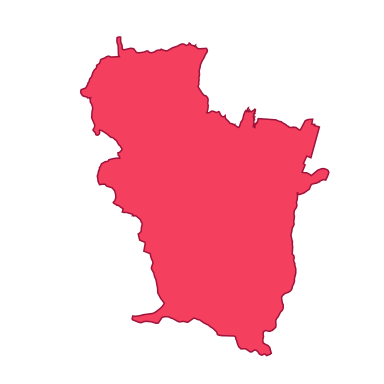 Burjuc, Hunedoara, Romania (Equal Earth projection), rotated 282°
{"feature_id": "2599482B33280510727710", "entity_name": "Burjuc", "entity_type": "district", "adm_level": 2, "iso_a3": "ROU", "parent_name": "Romania", "parent_adm1": "Hunedoara", "projection": "equal_earth", "projection_center": [22.496, 45.972], "detail": "fine", "context": "isolated", "style": "filled", "palette": "rose", "viewbox_px": 384, "rotation_deg": 282, "n_neighbors": 0, "source": "geoboundaries", "source_scale": "gbopen_adm2", "svg_char_len": 5985}
<svg xmlns="http://www.w3.org/2000/svg" viewBox="0 0 384 384"><g transform="rotate(282 192 192)"><path d="M250.2,301.2L282.1,303.1L282.4,297.8L283.6,298.0L283.3,295.0L288.3,294.9L287.2,291.0L286.3,289.3L285.2,287.9L275.3,285.1L275.1,283.8L276.8,280.2L276.6,278.6L276.2,278.2L276.6,277.6L275.6,275.5L275.7,273.0L276.3,272.5L276.4,271.4L277.4,269.8L278.6,265.9L279.3,264.8L279.3,262.2L280.0,259.0L277.6,241.7L276.9,241.3L275.6,241.7L273.8,241.1L273.2,241.4L272.2,240.6L272.7,240.4L271.4,239.1L270.7,239.3L270.6,239.7L268.2,240.1L268.6,238.4L272.0,238.2L275.0,237.5L275.6,238.2L276.4,237.3L277.8,237.6L277.4,237.1L277.6,236.7L278.6,236.4L279.3,236.8L279.5,236.3L280.4,236.3L282.0,237.2L282.1,236.9L282.8,236.9L282.5,236.5L284.4,237.1L285.8,236.9L286.0,236.5L284.8,235.9L284.9,235.7L286.4,236.3L285.1,235.6L282.8,233.3L282.9,232.2L283.8,231.5L283.4,231.5L283.4,231.1L282.9,230.8L282.5,231.0L282.3,230.7L283.0,230.5L282.8,229.7L285.8,229.6L285.3,229.2L282.1,228.7L282.8,227.7L281.4,227.1L278.5,226.6L273.7,226.5L270.9,225.6L270.7,225.3L265.5,224.8L265.4,224.4L264.8,224.2L264.9,223.4L266.1,220.3L267.0,219.9L266.6,219.5L266.5,218.9L266.7,218.1L267.0,218.0L267.1,215.4L267.4,214.5L268.2,213.7L268.6,212.8L269.1,212.5L270.5,210.0L271.9,209.0L273.6,208.6L272.7,208.0L272.2,207.2L272.0,206.1L272.2,205.4L273.9,203.4L274.7,203.1L276.1,201.9L276.2,201.4L275.4,200.4L274.9,198.9L275.4,196.5L275.2,194.3L273.0,192.1L272.9,190.9L272.5,190.0L276.4,190.3L279.9,189.9L282.1,188.9L285.2,188.7L286.8,188.1L287.5,187.6L288.9,185.8L289.0,183.8L290.9,181.2L296.3,176.0L298.7,176.3L301.1,175.7L303.0,175.7L305.0,175.0L308.2,175.0L312.1,173.8L314.7,174.0L315.6,173.8L316.1,174.0L318.2,173.8L322.5,174.7L326.7,176.1L328.4,176.3L332.3,177.7L333.8,177.6L335.5,176.3L333.7,169.5L333.5,168.1L333.8,167.2L334.2,166.9L334.2,166.4L334.6,165.9L335.2,165.7L335.2,165.0L336.3,164.9L335.0,163.8L335.4,163.1L335.7,160.3L336.5,159.7L337.1,158.3L335.7,158.1L334.3,156.4L334.3,155.5L335.0,153.3L334.6,151.0L332.7,148.6L332.1,148.2L329.0,142.9L325.0,138.4L324.6,136.5L325.0,133.2L325.3,132.4L325.2,132.0L324.1,131.4L323.9,129.7L322.9,127.7L321.0,126.0L319.8,123.3L319.6,121.3L320.7,119.9L320.6,118.4L318.9,116.0L317.2,111.5L316.9,108.7L320.1,105.1L319.8,101.9L317.0,96.1L317.1,94.3L321.2,92.9L324.1,91.0L328.7,90.0L328.4,88.1L327.4,86.6L324.2,87.1L322.1,87.9L319.9,89.3L311.0,91.5L309.3,92.8L308.7,89.9L308.1,88.8L308.0,87.4L307.4,86.0L307.2,84.9L307.6,82.2L306.5,80.1L305.5,79.5L302.8,75.4L302.0,75.0L300.4,75.1L298.4,74.7L296.5,72.7L295.7,72.3L294.7,72.9L292.4,72.2L291.4,71.2L288.3,70.2L283.9,69.8L281.3,68.4L278.3,68.3L277.4,67.7L275.2,67.5L271.6,66.4L269.1,62.3L267.1,62.2L265.3,63.0L263.4,65.0L263.1,66.9L263.2,69.3L262.3,70.2L263.1,73.2L261.9,72.8L260.7,73.4L259.1,73.7L256.7,75.8L253.4,77.5L250.1,77.5L243.8,78.4L237.2,83.0L234.6,83.1L232.6,82.3L231.8,82.4L229.9,85.1L228.1,86.0L227.8,87.4L228.3,88.4L229.6,89.3L231.0,89.3L232.9,88.6L233.4,88.7L233.1,91.5L231.2,96.6L228.7,101.1L228.6,103.9L227.5,105.3L226.6,107.4L223.0,110.5L222.2,112.1L219.1,114.9L215.8,113.0L214.9,111.4L212.6,112.2L211.8,113.6L210.0,114.3L209.7,112.0L208.4,108.3L206.3,104.0L205.2,103.8L204.2,102.7L203.7,100.9L200.8,97.6L198.0,97.1L196.7,96.4L194.4,96.8L193.8,96.2L189.7,96.3L188.0,96.0L184.3,97.5L183.2,97.7L180.0,100.0L180.2,101.2L180.8,102.0L181.5,105.3L180.0,107.3L179.5,113.1L177.0,116.1L174.2,117.6L171.0,118.6L167.6,118.4L165.5,117.1L165.1,117.3L164.4,118.4L164.2,119.7L163.3,121.4L163.7,122.4L163.6,122.7L161.8,126.6L161.4,128.1L157.9,128.0L157.8,129.4L158.4,132.4L157.9,138.3L157.5,138.8L156.9,138.7L157.3,139.3L157.1,139.6L156.4,139.7L157.0,141.5L156.7,142.9L154.2,147.3L151.8,148.8L151.5,149.4L150.2,150.0L146.6,149.9L143.0,150.4L140.8,149.3L139.8,148.1L134.1,150.8L133.0,156.4L132.1,156.9L124.1,157.2L123.1,163.8L118.9,165.8L115.6,168.2L114.5,168.6L109.5,168.0L108.2,168.5L104.6,171.6L101.4,173.0L98.9,174.9L91.0,178.2L86.2,179.5L81.3,183.6L77.5,188.1L73.8,186.7L72.0,185.5L68.5,182.7L66.1,180.4L64.9,178.4L62.0,170.3L60.0,166.3L58.7,162.7L58.4,159.9L55.5,159.7L54.6,160.6L53.5,167.1L53.5,168.9L53.8,169.9L54.9,171.3L55.6,172.9L56.0,174.2L56.6,179.5L56.1,184.1L56.3,184.7L56.8,186.3L63.3,188.9L64.4,191.6L64.9,194.0L64.9,195.9L64.4,197.3L64.2,199.6L62.5,205.0L62.3,206.7L63.7,210.5L63.6,214.7L64.3,215.6L68.9,219.8L69.1,221.2L68.4,224.2L68.5,226.1L66.5,230.7L65.2,235.7L63.8,238.4L63.0,240.9L60.1,245.4L58.1,246.3L57.6,247.2L57.6,250.7L59.9,263.0L59.6,264.2L59.1,264.8L57.1,265.6L56.1,266.5L53.6,267.7L50.4,269.8L48.7,272.5L49.8,276.7L48.4,280.7L47.9,281.4L47.8,282.6L48.0,283.7L50.4,285.9L50.5,287.8L49.4,289.7L47.5,291.6L46.9,293.7L47.1,294.6L48.4,296.1L48.6,296.9L48.5,297.6L47.5,298.8L47.6,299.3L48.5,300.4L49.4,302.1L50.5,302.6L50.7,303.1L56.0,300.4L57.3,298.8L57.8,297.7L58.1,296.1L59.2,293.0L61.9,292.0L65.7,292.0L67.9,291.0L69.4,291.0L70.7,291.3L71.8,292.8L71.8,296.4L72.0,297.2L73.5,299.5L77.1,302.0L78.9,301.9L83.4,300.7L84.3,300.7L86.4,301.3L87.5,302.1L92.8,303.5L95.2,305.0L97.5,305.3L100.9,304.6L101.7,303.8L102.4,303.4L106.2,301.9L108.3,301.5L110.3,302.6L112.2,304.2L114.0,307.2L115.9,309.0L116.7,309.4L118.2,309.9L120.0,309.8L124.4,310.7L126.7,310.7L128.3,310.2L134.0,310.4L138.5,309.5L141.7,307.8L143.6,307.4L145.0,306.1L146.2,305.7L148.9,305.6L150.8,304.9L151.9,303.3L152.4,302.9L159.3,301.9L161.0,301.2L163.8,300.6L164.6,300.6L165.0,300.1L170.5,297.7L175.1,297.8L176.9,297.5L181.5,298.6L184.1,297.7L189.4,297.3L191.9,296.2L195.2,296.0L198.3,297.2L200.4,297.5L203.4,296.4L204.9,296.3L206.4,296.5L209.9,296.1L211.8,295.5L211.8,295.8L212.1,295.7L213.0,295.3L213.0,295.7L211.7,296.7L211.8,297.5L214.3,301.7L219.2,306.2L223.4,306.9L224.7,307.7L226.8,312.4L227.9,313.5L228.5,314.7L229.2,314.7L231.3,317.8L231.6,318.4L231.4,320.3L235.9,321.4L239.5,321.8L241.1,320.8L241.7,319.8L242.2,318.0L242.3,315.8L241.6,313.7L239.5,310.5L232.8,305.2L233.7,303.6L234.4,301.3L234.6,300.0L234.2,298.0L234.2,295.6L242.0,297.0L242.3,296.1L243.2,295.1L251.0,296.8L250.2,301.2Z" fill="#f43f5e" stroke="#9f1239" stroke-width="1.5"/></g></svg>